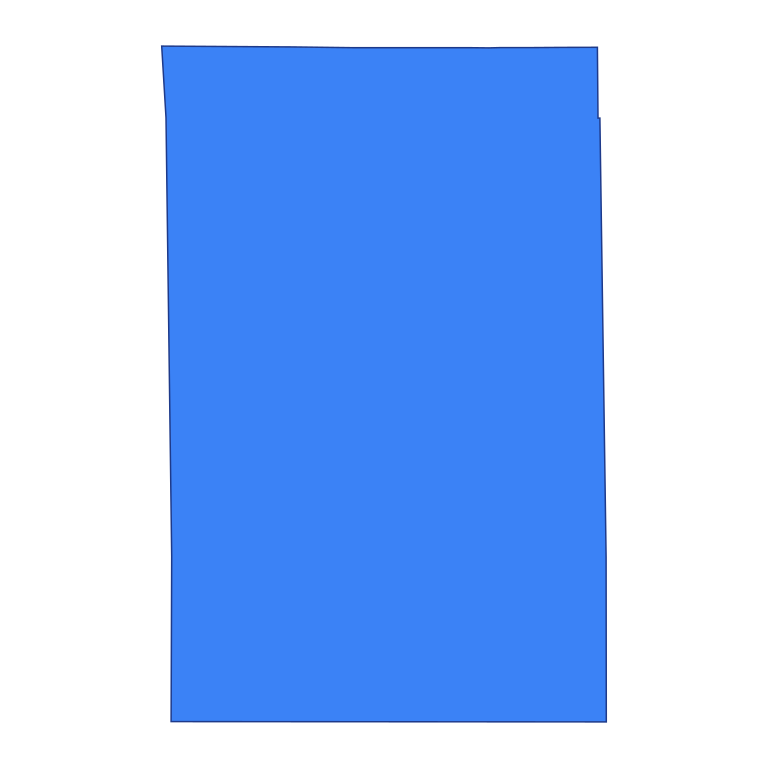 Alfalfa, Oklahoma, United States of America (Albers equal-area conic projection)
{"feature_id": "52423323B68543825446879", "entity_name": "Alfalfa", "entity_type": "district", "adm_level": 2, "iso_a3": "USA", "parent_name": "United States of America", "parent_adm1": "Oklahoma", "projection": "albers", "projection_center": [-98.29, 36.731], "detail": "fine", "context": "isolated", "style": "filled", "palette": "blue", "viewbox_px": 768, "rotation_deg": 0, "n_neighbors": 0, "source": "geoboundaries", "source_scale": "gbopen_adm2", "svg_char_len": 370}
<svg xmlns="http://www.w3.org/2000/svg" viewBox="0 0 768 768"><path d="M597.4,47.3L561.7,47.4L531.3,47.6L500.5,47.6L489.1,47.9L470.8,47.7L361.5,47.7L360.6,47.7L353.6,47.7L298.3,47.0L289.0,46.9L287.0,46.9L161.7,46.1L166.0,117.7L171.7,556.5L171.1,721.6L606.3,721.9L606.1,557.4L599.9,118.1L598.0,118.1L597.4,47.3Z" fill="#3b82f6" stroke="#1e3a8a" stroke-width="1.5"/></svg>